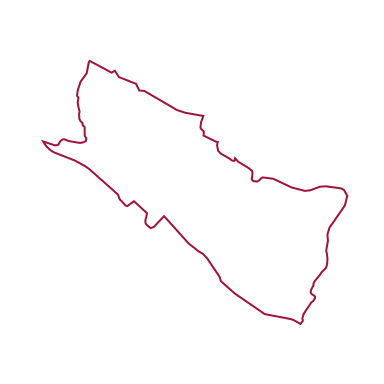 the border of Mount Lebanon, rotated 98°
{"feature_id": "LBN-3025", "entity_name": "Mount Lebanon", "entity_type": "Province", "adm_level": 1, "iso_a3": "LBN", "parent_name": "Lebanon", "parent_adm1": "", "projection": "robinson", "projection_center": [35.671, 33.864], "detail": "fine", "context": "isolated", "style": "outline", "palette": "rose", "viewbox_px": 384, "rotation_deg": 98, "n_neighbors": 0, "source": "natural_earth", "source_scale": "10m", "svg_char_len": 2208}
<svg xmlns="http://www.w3.org/2000/svg" viewBox="0 0 384 384"><g transform="rotate(98 192 192)"><path d="M138.8,173.5L142.3,173.7L147.6,171.8L149.9,168.9L153.4,160.2L155.3,156.6L155.4,154.8L154.9,154.2L152.6,154.0L155.7,150.3L160.1,139.9L162.7,135.5L165.1,134.7L171.2,134.6L172.7,132.8L172.5,128.8L170.8,126.8L168.9,125.5L167.7,123.9L167.6,113.3L173.6,94.1L175.2,80.6L174.0,75.5L168.9,65.9L167.7,59.8L167.7,44.8L168.9,41.7L174.0,37.9L174.2,37.6L174.6,37.8L184.0,38.7L208.2,50.9L214.8,51.9L216.1,51.8L221.4,50.6L230.4,50.9L232.0,50.8L234.6,49.7L239.2,48.6L244.0,48.2L246.7,48.4L248.7,48.9L253.3,52.4L256.1,53.7L263.4,58.2L265.5,58.9L268.1,58.8L270.3,59.8L273.0,60.6L274.0,60.6L275.0,60.4L275.9,59.9L276.5,59.2L277.4,57.0L278.3,55.7L279.2,55.5L280.3,55.6L282.1,56.3L282.8,56.6L284.8,58.5L297.0,64.4L299.5,64.9L301.9,65.1L304.1,64.3L307.6,66.2L304.7,73.4L304.1,76.5L302.8,103.0L286.5,135.6L276.3,151.0L272.1,152.9L255.6,167.8L251.6,172.8L251.3,173.8L249.7,177.4L243.5,188.1L219.8,216.3L231.9,224.9L233.5,228.1L231.1,232.0L230.3,232.9L229.4,233.6L228.2,234.0L227.1,234.1L226.1,234.2L221.9,233.7L219.2,233.7L209.2,248.2L214.9,254.0L214.9,254.9L214.6,256.1L211.6,259.4L209.8,262.0L208.4,263.1L204.8,265.0L183.7,296.8L181.3,301.4L177.1,312.6L172.1,333.6L171.1,336.3L170.1,338.3L167.4,342.1L165.9,343.7L162.7,346.4L164.9,334.0L164.5,332.9L164.2,331.2L162.8,330.6L161.0,330.0L159.8,329.3L158.1,327.6L157.6,326.2L157.7,325.0L158.5,322.3L158.8,318.6L159.0,309.8L157.9,306.4L156.4,304.3L154.8,304.0L153.6,304.3L152.5,305.0L151.5,305.8L150.7,306.2L149.8,306.3L148.9,306.4L145.6,307.0L143.9,307.1L143.1,307.3L142.4,307.6L142.0,308.2L141.6,308.8L141.2,309.4L140.5,309.7L138.9,310.1L138.5,310.6L137.7,311.9L137.2,312.4L135.5,313.6L134.7,313.9L133.1,314.1L130.6,314.7L128.7,314.5L127.8,314.6L126.4,315.2L125.7,315.5L121.5,317.1L118.9,317.7L115.2,317.5L114.3,317.7L113.7,318.1L113.3,318.8L112.7,319.3L111.3,319.2L107.3,319.3L98.3,317.7L89.0,312.8L78.2,312.3L76.4,311.6L85.0,288.2L82.7,285.2L88.4,280.3L92.7,262.4L98.8,258.4L98.6,253.2L113.0,218.1L114.5,209.5L115.1,191.4L122.0,192.8L126.9,192.6L128.2,191.8L129.6,189.8L130.5,188.7L134.5,188.4L138.8,175.4L138.8,173.5Z" fill="none" stroke="#9f1239" stroke-width="2"/></g></svg>